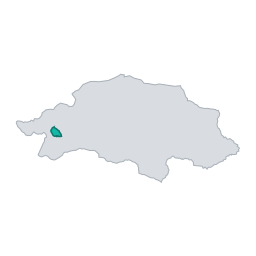 Bulgan, Dornod, Mongolia (highlighted), rotated 181°
{"feature_id": "93677404B34765270350686", "entity_name": "Bulgan", "entity_type": "district", "adm_level": 2, "iso_a3": "MNG", "parent_name": "Mongolia", "parent_adm1": "Dornod", "projection": "mercator", "projection_center": [114.017, 47.601], "detail": "fine", "context": "in_parent", "style": "filled", "palette": "teal", "viewbox_px": 256, "rotation_deg": 181, "n_neighbors": 0, "source": "geoboundaries", "source_scale": "gbopen_adm2", "svg_char_len": 4597}
<svg xmlns="http://www.w3.org/2000/svg" viewBox="0 0 256 256"><g transform="rotate(181 128 128)"><path d="M16.8,106.7L17.6,106.7L18.9,105.7L19.0,104.3L19.4,103.6L22.5,103.2L23.8,103.6L24.1,102.8L24.3,102.7L25.1,103.4L25.8,103.1L26.3,102.7L26.7,101.7L27.8,101.9L29.6,100.8L29.5,98.8L30.2,98.3L31.8,97.9L32.0,97.0L32.3,96.7L33.5,96.4L35.6,95.4L36.5,95.3L37.2,94.4L39.1,93.2L41.8,92.6L42.0,92.0L44.5,90.2L47.2,90.1L47.9,88.4L48.3,88.3L50.2,90.2L51.0,90.0L51.3,89.2L52.4,89.2L52.9,90.6L53.5,91.1L61.5,91.7L61.8,92.1L62.2,95.3L63.7,96.8L64.0,97.4L66.2,97.2L67.5,98.4L69.4,98.3L70.3,98.7L72.2,97.6L72.6,97.6L73.2,98.1L74.1,97.7L75.8,98.8L77.2,98.6L77.8,99.0L78.6,98.7L80.5,99.0L82.1,100.6L83.1,100.5L84.4,99.4L84.7,98.7L86.5,98.3L87.6,97.6L88.3,96.9L89.3,94.4L89.5,91.9L88.6,91.5L87.8,90.7L87.3,89.3L87.2,88.4L86.3,86.9L86.4,86.2L86.9,85.0L87.2,82.9L87.8,81.8L89.1,81.2L89.2,80.4L90.0,78.8L92.0,77.9L93.1,76.1L93.8,74.3L94.7,75.2L97.3,76.5L99.5,77.1L100.9,78.4L104.7,78.7L111.0,81.8L112.4,81.6L116.1,82.9L116.4,83.3L116.4,85.6L116.7,86.2L116.8,88.7L117.5,89.9L117.4,91.3L117.7,91.8L118.6,92.0L120.1,93.5L123.4,94.6L124.4,95.5L126.7,96.2L127.9,95.8L129.8,96.0L130.5,95.9L131.7,94.7L132.5,94.4L136.9,93.5L138.0,92.7L138.9,92.6L142.3,93.3L144.7,94.4L148.1,94.3L149.7,95.6L150.4,96.8L151.7,97.8L156.5,98.3L156.7,98.5L156.6,101.0L156.8,101.4L159.9,104.2L161.3,105.0L165.6,104.8L172.3,106.6L173.9,106.1L175.3,106.9L175.9,106.9L180.2,104.6L180.9,104.8L185.4,103.9L188.3,102.7L190.4,102.8L192.2,101.8L192.9,99.9L195.8,97.6L200.8,94.7L203.9,95.2L205.7,96.2L207.6,98.3L208.7,98.8L210.7,99.0L213.6,97.6L215.1,97.9L216.5,98.6L217.4,99.6L212.9,110.1L212.8,110.7L211.4,112.9L211.1,116.3L209.3,117.5L209.6,119.5L210.0,120.2L211.9,122.1L212.6,121.9L213.2,121.1L214.2,120.4L216.2,120.6L217.9,120.2L220.1,120.9L222.0,122.5L224.9,119.0L227.6,118.6L230.0,119.1L231.8,121.4L234.0,122.5L234.6,123.8L235.5,124.3L235.7,125.0L238.4,127.6L239.0,129.4L239.7,130.6L239.7,131.9L239.5,132.5L238.4,133.2L234.6,132.8L232.4,131.6L231.6,132.3L228.7,132.1L227.0,132.6L225.9,133.0L225.2,133.9L224.7,134.1L224.2,134.0L223.4,133.4L222.6,133.4L222.4,133.5L221.9,135.6L219.4,135.6L218.6,135.4L216.5,136.4L216.2,137.2L215.1,138.3L214.1,140.4L214.3,141.3L214.0,141.9L212.2,143.0L210.4,144.7L206.8,145.3L205.1,145.5L203.9,145.1L202.6,145.3L201.6,147.2L199.3,149.5L195.9,151.7L189.7,150.3L189.0,150.0L187.7,148.6L184.1,148.6L183.1,149.5L182.2,150.9L180.7,155.4L182.1,157.9L183.7,159.6L184.4,160.7L184.4,161.7L183.2,162.2L181.7,163.8L177.9,165.3L173.7,170.7L166.4,173.8L161.8,174.0L158.2,173.7L148.5,175.2L142.2,178.0L137.6,180.4L136.5,181.5L136.1,181.7L135.2,181.3L132.7,181.1L132.7,179.1L127.2,180.3L122.8,177.9L116.4,176.5L115.2,175.9L113.0,173.2L111.8,172.9L109.0,172.8L101.3,171.6L97.8,172.6L82.0,170.5L76.3,171.2L76.1,170.9L75.7,169.2L73.0,166.5L72.7,165.9L72.6,164.9L70.4,159.4L69.0,158.6L69.1,156.2L67.1,156.4L64.7,155.5L62.3,153.9L61.1,152.7L59.5,152.4L57.4,150.2L56.4,149.7L51.3,148.8L48.8,149.1L46.1,148.5L43.0,148.4L42.0,148.0L41.1,148.0L39.3,147.0L38.1,147.3L36.6,144.0L36.9,142.0L37.5,140.7L38.9,138.9L38.9,138.2L38.3,136.6L39.1,133.6L38.8,131.7L38.0,129.6L36.9,129.1L35.4,126.3L34.9,124.0L34.3,122.5L32.7,121.5L32.2,120.2L31.7,120.1L31.3,120.5L30.4,120.7L29.5,119.8L28.9,118.9L28.3,118.6L27.3,118.6L26.4,119.1L25.3,118.9L24.4,118.0L22.1,116.6L22.0,115.6L21.7,114.9L20.9,114.7L20.2,114.0L17.9,113.1L17.9,112.6L18.5,111.5L16.9,110.6L16.3,109.7L17.2,108.4L16.8,107.6L16.8,106.7Z" fill="#d9dde1" stroke="#a8b0b8" stroke-width="1"/><path d="M196.8,118.4L196.7,118.4L196.4,118.3L196.2,118.3L195.9,118.4L195.7,118.4L195.6,118.5L195.4,118.5L195.3,118.4L195.2,118.4L195.1,118.5L194.9,118.5L194.7,118.5L194.4,118.5L194.6,119.6L194.8,120.4L195.5,121.5L196.0,122.1L196.5,122.7L196.5,123.2L196.6,123.7L197.4,124.0L198.3,124.9L198.5,125.1L200.0,126.2L202.2,127.4L202.1,127.7L203.0,127.2L203.6,126.9L204.3,125.4L204.8,124.7L205.1,124.0L205.1,123.8L205.0,123.7L204.9,123.6L204.9,123.4L204.8,123.1L204.8,122.9L204.7,122.8L204.6,122.6L204.5,122.3L204.4,122.2L204.2,121.9L204.0,121.6L203.9,121.4L203.4,120.6L203.3,120.4L203.2,120.2L203.1,119.9L202.9,119.6L202.8,119.4L202.6,119.2L202.3,119.1L201.9,118.7L201.6,118.5L201.4,118.5L201.2,118.6L200.9,118.6L200.7,118.6L200.4,118.6L200.2,118.5L199.9,118.6L199.7,118.7L199.6,118.8L199.5,118.7L199.5,118.8L199.4,118.8L199.4,118.7L199.2,118.7L198.9,118.8L198.7,118.7L198.7,118.8L198.5,118.7L198.4,118.7L198.4,118.8L198.4,118.7L198.4,118.8L198.2,118.8L197.9,118.8L197.7,118.8L197.6,118.7L197.5,118.4L197.4,118.4L197.2,118.3L196.9,118.4L196.8,118.4Z" fill="#14b8a6" stroke="#0f766e" stroke-width="1.5"/></g></svg>